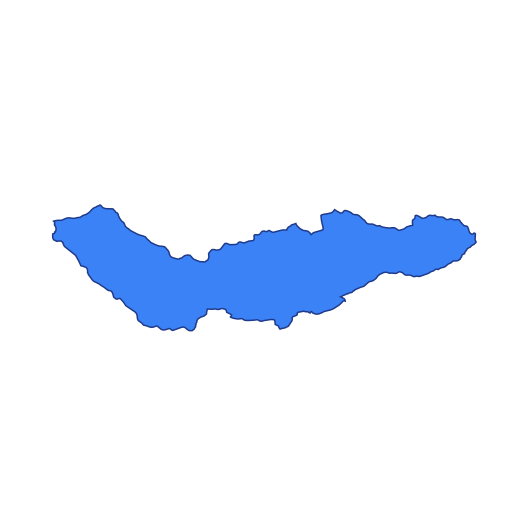 outline of Prigor, Caras-Severin, Romania, rotated 290°
{"feature_id": "2599482B98874847530715", "entity_name": "Prigor", "entity_type": "district", "adm_level": 2, "iso_a3": "ROU", "parent_name": "Romania", "parent_adm1": "Caras-Severin", "projection": "orthographic", "projection_center": [22.122, 44.996], "detail": "fine", "context": "isolated", "style": "filled", "palette": "blue", "viewbox_px": 512, "rotation_deg": 290, "n_neighbors": 0, "source": "geoboundaries", "source_scale": "gbopen_adm2", "svg_char_len": 6115}
<svg xmlns="http://www.w3.org/2000/svg" viewBox="0 0 512 512"><g transform="rotate(290 256 256)"><path d="M359.4,434.8L359.1,432.8L357.9,430.3L357.7,429.2L357.8,427.9L357.7,426.6L357.1,425.4L356.2,424.4L355.4,422.6L356.3,419.2L356.3,417.8L354.9,413.5L354.9,411.8L355.6,410.2L354.5,408.8L353.7,405.3L352.7,404.1L350.3,402.6L348.9,400.7L348.3,399.4L349.0,395.5L349.1,393.5L349.0,392.5L348.2,391.8L346.6,392.3L345.5,392.3L343.2,390.9L341.3,391.4L338.5,392.7L338.1,392.4L337.2,390.7L335.0,387.8L334.3,387.2L332.2,386.0L329.1,381.9L329.0,380.5L329.6,378.4L329.9,376.4L329.0,374.0L327.8,371.7L327.0,368.2L326.4,364.4L326.5,363.3L326.8,362.2L326.8,361.7L326.0,360.4L325.6,359.0L325.9,354.7L324.7,351.5L324.5,349.8L324.9,348.4L326.7,345.7L327.1,344.0L329.0,339.4L329.3,337.9L329.3,337.0L328.8,335.0L328.4,333.9L328.6,332.1L329.2,330.7L329.4,329.2L329.6,326.0L329.4,324.7L329.0,323.6L327.9,323.0L326.2,322.4L325.4,321.4L325.3,320.2L325.9,316.3L326.5,314.0L324.4,313.4L322.5,312.3L320.3,308.9L318.3,305.3L317.0,303.5L316.2,303.2L311.9,305.3L306.1,309.0L304.9,309.7L304.1,309.8L303.4,309.7L301.8,307.8L298.2,302.8L297.3,301.8L294.9,300.5L296.0,299.1L297.0,296.5L296.9,295.0L296.2,291.7L296.7,288.1L298.5,284.1L299.3,283.1L300.2,282.3L299.1,281.1L297.3,278.7L295.8,278.1L294.8,277.0L293.9,276.4L291.6,275.8L290.9,276.0L289.8,272.7L289.1,271.3L284.0,263.9L284.1,261.9L284.5,260.0L284.3,259.2L282.6,257.8L282.3,256.7L282.3,255.5L281.8,254.1L280.9,253.1L277.9,252.1L277.3,251.7L276.5,250.4L275.8,248.3L275.2,247.3L274.2,247.2L272.5,248.1L270.9,248.4L270.1,248.4L269.3,247.7L267.6,244.2L264.3,240.5L263.9,238.5L263.8,236.3L263.1,235.2L260.5,233.9L260.0,233.2L258.3,229.1L257.7,227.4L257.8,224.4L257.6,223.4L256.9,222.4L250.5,220.4L249.3,219.2L248.4,217.7L247.9,216.3L247.7,214.2L247.0,212.5L245.5,211.7L243.0,210.8L241.8,210.7L238.9,212.1L236.1,212.2L235.3,211.7L234.6,211.0L233.1,210.2L232.7,209.7L232.5,208.2L231.7,205.9L231.5,205.1L231.6,199.6L231.7,198.4L234.0,193.9L233.9,192.7L233.4,191.1L232.2,189.2L231.2,188.3L228.5,186.7L227.8,185.3L227.1,184.9L226.4,183.8L226.0,179.7L226.0,177.1L226.5,175.7L228.2,173.9L229.6,173.1L230.8,171.9L232.9,168.2L233.4,166.9L233.0,164.4L232.3,162.0L232.1,159.2L232.5,154.4L232.8,152.3L233.8,150.4L234.5,148.3L236.1,145.6L236.2,142.6L235.9,139.5L236.0,136.7L237.0,129.3L237.9,127.1L238.4,124.8L239.4,122.8L241.7,120.9L242.4,119.5L242.9,117.7L245.0,114.7L246.9,112.9L247.9,112.3L248.6,111.5L249.0,110.9L249.1,109.2L250.1,108.0L250.6,106.8L251.1,106.1L251.3,105.3L249.1,98.6L249.0,96.4L249.1,95.3L250.6,92.6L250.5,91.9L249.0,90.7L248.6,89.8L247.7,89.3L245.4,86.9L243.0,85.6L240.4,84.6L237.2,82.4L234.6,79.2L232.9,78.1L231.9,77.0L231.0,75.0L230.0,73.6L229.1,72.0L228.6,70.3L228.2,68.3L227.7,66.7L226.7,64.9L223.0,61.0L221.7,57.4L220.0,54.5L219.5,53.9L219.1,55.0L218.8,55.3L217.2,55.6L217.1,56.0L216.0,56.2L215.4,57.3L213.4,58.8L211.0,59.3L210.6,59.1L210.1,59.2L209.7,58.6L208.7,58.9L208.2,58.7L207.4,57.5L206.2,57.7L203.6,58.8L202.1,60.2L201.7,63.2L201.7,64.0L202.2,64.6L203.4,67.7L202.8,69.5L202.4,70.0L201.7,70.4L199.5,72.7L194.9,86.3L190.7,91.1L186.9,94.9L187.3,97.5L187.1,98.1L187.2,100.0L186.4,101.6L185.2,102.5L182.8,103.4L181.0,105.2L177.7,110.1L176.8,111.9L176.1,118.1L175.2,121.2L174.6,124.2L173.8,126.4L173.2,128.6L173.2,129.6L173.6,131.1L173.3,132.4L171.9,134.1L168.7,136.3L167.7,139.2L168.0,140.3L169.3,141.9L169.5,143.1L167.4,147.2L164.8,150.7L162.0,161.7L161.3,162.9L160.4,164.0L158.7,165.0L156.6,166.0L155.5,166.9L154.9,167.9L154.0,171.4L152.6,174.0L153.0,177.3L152.9,179.5L153.1,181.8L153.9,183.6L156.0,186.2L156.3,186.9L156.2,187.6L154.6,192.2L154.6,193.2L155.1,195.0L155.6,195.9L158.2,199.3L158.2,200.3L157.6,202.0L157.6,203.3L163.2,210.0L164.1,211.4L164.5,212.5L164.5,213.6L163.3,217.1L163.1,219.1L164.0,221.5L165.9,222.8L168.9,223.4L170.5,222.9L171.0,223.1L172.1,222.7L172.8,222.8L173.5,223.0L174.8,222.6L176.9,222.9L179.7,225.0L180.8,226.5L182.0,227.8L183.9,229.0L184.8,229.3L185.8,228.9L189.5,228.4L191.0,233.1L192.3,235.7L192.4,237.0L192.7,238.3L193.3,239.7L194.6,241.3L195.2,242.6L195.4,245.3L194.9,246.5L193.1,247.7L192.7,251.7L192.3,253.3L191.0,253.2L190.0,252.8L189.7,253.5L189.9,257.1L190.5,260.1L191.5,262.6L192.1,263.4L192.3,264.7L191.8,266.9L191.8,267.9L193.2,271.9L195.3,276.6L196.4,278.7L196.6,280.1L196.2,281.6L196.3,282.5L196.6,283.6L198.3,286.0L201.3,291.5L201.9,293.0L202.2,294.7L202.2,295.3L200.7,296.3L198.2,297.5L198.1,300.0L197.9,300.8L195.6,303.2L195.7,303.9L196.4,304.6L198.6,308.1L199.8,309.0L200.5,310.0L201.4,310.5L207.2,311.9L208.4,311.9L210.1,311.2L210.8,311.1L211.5,311.4L214.2,314.4L215.0,314.8L216.5,314.3L217.5,314.8L220.6,320.0L220.5,321.0L220.7,322.1L221.3,323.6L221.2,324.5L220.9,325.3L221.0,326.4L222.6,326.6L222.7,327.2L222.6,327.6L221.9,328.5L221.8,331.6L222.1,332.8L223.1,334.9L225.6,337.7L227.0,338.8L230.9,344.6L233.1,346.9L238.2,350.8L241.9,352.7L243.4,353.2L244.0,354.0L244.1,355.3L245.0,354.8L245.7,354.1L246.1,353.2L246.6,349.5L247.3,350.4L248.5,351.1L249.7,352.6L251.7,354.5L251.7,355.0L252.1,355.5L252.7,355.9L253.7,356.8L254.2,358.1L254.9,358.8L256.7,359.5L256.9,360.0L257.3,360.3L257.9,360.3L262.2,364.8L264.5,367.8L269.9,370.7L270.8,371.5L271.9,373.3L273.3,374.8L276.0,376.5L278.9,377.3L281.1,378.6L284.3,381.8L285.2,383.7L285.5,385.4L285.4,387.1L286.2,388.9L287.4,393.2L288.1,394.2L289.8,395.6L290.3,396.4L290.5,398.9L289.3,402.3L289.3,403.2L289.6,404.3L290.3,405.8L290.8,407.6L290.6,411.0L290.7,411.9L292.1,413.7L292.4,415.8L292.7,416.7L298.1,423.3L299.3,424.5L300.7,425.4L302.8,427.9L304.3,428.8L305.4,429.9L305.6,431.8L307.8,433.6L310.4,437.2L314.1,439.3L316.4,441.7L317.8,442.3L318.9,443.3L319.2,443.7L319.5,445.0L320.4,446.9L321.2,447.7L322.8,448.9L323.6,448.9L325.3,449.4L327.1,449.3L328.2,449.8L329.0,450.5L329.5,451.2L330.5,450.9L333.7,451.9L334.8,451.9L337.2,453.7L337.4,454.2L339.2,455.0L340.2,455.6L341.5,456.9L344.3,458.1L345.0,457.6L345.6,456.7L346.7,456.1L351.9,454.6L352.2,453.8L352.2,453.1L351.1,452.5L350.4,451.7L350.3,451.4L350.4,450.2L351.2,448.6L352.7,447.3L354.0,446.5L355.9,444.7L356.1,443.9L355.7,441.2L356.2,439.8L358.3,436.1L359.4,434.8Z" fill="#3b82f6" stroke="#1e3a8a" stroke-width="1.5"/></g></svg>